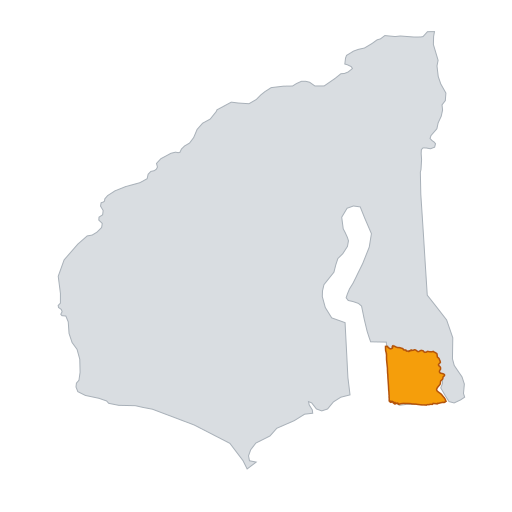 location of Bignona, Ziguinchor, Senegal, rotated 266°
{"feature_id": "50182788B19391387689457", "entity_name": "Bignona", "entity_type": "district", "adm_level": 2, "iso_a3": "SEN", "parent_name": "Senegal", "parent_adm1": "Ziguinchor", "projection": "equal_earth", "projection_center": [-16.329, 12.862], "detail": "fine", "context": "in_parent", "style": "filled", "palette": "amber", "viewbox_px": 512, "rotation_deg": 266, "n_neighbors": 0, "source": "geoboundaries", "source_scale": "gbopen_adm2", "svg_char_len": 8189}
<svg xmlns="http://www.w3.org/2000/svg" viewBox="0 0 512 512"><g transform="rotate(266 256 256)"><path d="M404.6,227.3L411.2,242.1L409.8,249.2L408.4,259.6L412.1,267.2L416.4,272.1L419.5,276.6L422.9,282.9L423.5,295.3L423.0,304.3L425.2,308.4L427.1,313.5L426.8,317.8L425.6,321.6L421.5,326.6L420.9,335.9L427.6,347.2L431.9,353.4L431.9,356.9L433.1,360.7L436.3,365.3L438.3,364.2L440.4,360.5L441.3,358.0L447.1,359.1L449.8,360.3L453.6,367.6L455.0,372.6L455.9,378.7L459.8,386.4L463.2,391.9L463.9,395.3L466.9,399.9L465.2,410.1L465.4,415.3L463.4,429.0L463.0,435.5L463.2,437.9L467.8,442.7L467.4,449.7L462.7,448.5L454.6,447.7L438.5,451.3L433.0,449.8L422.4,450.3L414.8,452.3L405.3,456.8L397.8,455.7L393.8,452.1L388.5,452.3L382.5,450.5L376.1,447.0L370.3,445.3L364.0,439.0L361.1,437.8L359.0,439.5L357.3,441.6L355.5,442.9L352.1,441.8L350.8,437.5L351.9,433.3L352.2,430.2L350.6,428.4L346.7,427.9L340.6,427.9L330.6,426.6L328.3,425.8L306.0,424.7L282.9,424.6L263.3,424.5L238.6,424.3L221.2,424.2L205.0,424.1L192.5,432.6L178.9,441.7L160.7,446.6L139.7,444.8L133.0,446.1L126.1,450.1L121.0,453.1L113.7,454.9L104.4,453.4L100.6,454.3L98.2,450.1L95.6,443.4L97.3,438.4L103.0,435.3L111.5,431.1L116.0,433.2L118.6,433.3L119.1,430.7L118.3,429.3L111.8,425.6L108.5,420.9L105.7,423.7L103.3,429.5L101.3,431.3L98.4,432.9L96.7,428.9L96.0,425.1L97.4,422.1L96.7,405.3L97.5,396.4L97.1,388.6L101.1,383.4L105.0,380.2L120.0,379.9L133.9,379.6L147.3,379.8L161.0,380.0L162.4,364.4L166.7,363.2L173.2,361.6L185.2,359.6L198.7,357.8L201.6,354.8L203.8,349.6L205.2,344.9L208.0,343.0L211.7,344.5L216.7,347.0L221.8,350.7L227.7,354.2L231.6,356.4L241.0,361.9L257.0,369.6L270.2,372.7L286.2,367.1L297.7,363.4L299.1,356.7L297.3,350.2L288.7,344.2L277.0,344.9L273.4,346.5L268.0,348.5L264.7,349.3L259.2,347.9L252.2,342.7L247.8,337.5L241.7,335.0L234.4,332.6L222.7,321.8L216.6,319.9L210.9,319.3L199.8,321.5L189.0,327.2L183.3,340.2L172.5,340.0L149.5,339.6L128.4,339.2L110.9,340.1L109.2,330.7L105.1,323.1L98.4,316.7L96.9,310.8L99.2,305.6L105.6,301.3L107.1,298.2L103.7,298.7L98.6,301.4L95.2,301.6L94.8,293.4L89.1,282.7L82.7,264.7L75.5,257.4L69.4,242.8L63.1,237.2L57.2,234.6L52.2,235.2L50.4,241.8L44.2,232.3L52.7,228.8L70.9,216.9L91.7,182.6L110.4,142.0L112.9,132.5L115.1,125.2L116.6,108.7L119.3,98.8L121.8,96.9L125.0,89.4L128.8,76.1L133.1,68.8L137.9,67.3L141.7,68.0L144.4,70.7L152.2,72.4L165.3,73.0L175.3,71.0L182.5,66.5L191.8,64.1L203.4,64.1L209.4,62.1L210.0,58.3L211.5,57.2L214.0,58.7L216.2,58.1L218.4,55.4L220.5,55.2L222.6,57.6L232.3,58.3L249.6,57.3L265.5,64.3L280.3,79.1L287.8,89.0L288.3,94.0L290.8,98.9L295.2,104.0L299.2,104.9L302.8,101.7L305.7,102.1L307.8,105.9L312.0,106.7L316.6,104.4L319.9,105.2L320.5,107.5L321.3,108.7L323.6,109.2L326.6,112.2L330.9,120.0L334.4,131.0L337.2,145.2L340.7,152.8L345.1,154.1L347.7,157.0L348.2,160.4L349.5,162.6L351.6,163.9L355.3,163.2L359.7,167.9L364.4,178.3L365.2,183.0L364.5,185.5L364.7,187.3L367.9,189.1L370.8,192.5L373.3,197.6L378.5,202.1L386.4,206.1L392.2,212.0L395.8,219.9L403.1,226.6L404.6,227.3Z" fill="#d9dde1" stroke="#a8b0b8" stroke-width="1"/><path d="M151.0,405.3L151.4,404.6L151.3,404.4L151.4,404.1L151.1,403.9L150.8,404.0L150.7,403.9L150.8,403.7L151.0,403.5L150.8,402.9L150.8,402.7L150.7,402.3L150.5,402.0L150.4,402.0L150.2,402.1L150.1,401.8L150.1,401.6L150.5,401.4L150.6,400.6L150.5,400.1L150.5,399.9L150.6,399.7L150.7,399.4L150.9,399.3L151.1,399.1L151.3,399.2L151.6,399.1L151.8,398.5L151.9,398.3L151.8,397.9L151.9,397.6L152.0,397.3L152.0,397.0L152.2,396.8L152.2,396.6L152.3,396.5L152.6,396.5L152.7,396.4L152.8,396.4L153.0,396.2L153.3,396.0L153.5,395.8L153.8,394.8L154.0,394.4L154.1,394.1L154.2,393.8L154.3,393.6L154.4,393.4L154.5,393.0L154.6,392.9L154.6,392.7L154.6,392.4L154.7,392.1L154.7,391.5L154.7,391.4L154.8,390.9L154.9,390.6L155.0,390.3L155.1,390.1L155.4,389.4L155.5,389.1L155.8,388.8L155.9,388.7L156.1,388.2L156.3,388.0L156.4,387.9L156.5,387.3L156.5,386.9L156.6,386.6L156.6,386.4L156.9,386.3L156.8,386.1L156.4,386.0L156.3,385.7L155.8,385.6L155.6,385.6L155.2,385.8L155.0,385.6L154.8,385.8L154.5,385.6L154.4,385.3L154.1,384.4L154.0,383.8L154.0,383.6L154.2,383.1L154.4,382.9L154.5,382.8L154.6,382.7L154.7,382.4L155.1,382.0L155.3,381.7L155.8,381.3L155.9,381.2L156.2,380.9L156.4,381.0L156.5,381.0L156.7,380.9L156.7,380.6L156.7,380.4L156.8,379.7L156.7,379.5L156.8,379.4L156.8,379.2L156.8,378.9L155.7,378.8L152.9,378.7L152.1,378.8L149.6,379.3L149.6,379.2L147.9,379.3L146.9,379.2L145.4,379.1L143.3,379.0L134.8,379.3L133.5,379.2L130.0,379.1L128.8,379.2L125.1,379.1L124.1,379.1L122.6,379.1L119.5,379.1L117.9,379.1L117.3,379.1L112.7,379.0L111.6,379.1L108.2,379.0L107.7,379.1L106.1,378.9L105.8,379.0L105.5,378.9L104.8,379.0L104.2,378.9L103.5,378.9L102.7,378.8L102.1,378.8L102.0,379.1L102.0,379.4L102.0,379.5L101.9,379.5L101.7,379.6L101.4,379.3L101.2,379.4L101.1,379.6L101.4,380.1L101.4,380.3L101.2,380.2L100.9,379.9L100.7,380.1L100.6,380.3L100.7,380.8L100.8,380.9L101.0,381.0L101.1,381.3L101.1,381.8L101.2,382.0L101.3,382.0L101.1,382.3L101.0,382.2L100.9,382.0L100.8,381.9L100.6,382.2L100.6,382.4L100.6,382.6L100.7,382.9L100.5,383.1L100.3,383.1L100.2,383.2L99.8,383.0L99.7,382.9L99.6,383.0L99.5,383.4L99.6,383.6L99.9,384.0L100.1,384.3L99.8,384.4L99.7,384.3L99.5,384.2L99.4,383.9L99.3,383.7L99.2,383.7L98.9,383.8L98.8,384.1L98.7,384.2L98.7,384.4L98.8,384.8L99.0,385.0L99.3,385.3L99.5,385.4L99.5,385.5L99.4,385.6L99.2,385.7L99.1,385.8L99.1,386.2L99.3,386.7L99.4,386.9L99.3,387.0L99.2,387.3L98.9,387.6L98.6,387.5L98.3,387.6L98.1,388.2L98.1,388.3L98.2,388.5L98.3,388.8L98.5,389.9L98.6,390.6L98.6,391.1L98.6,391.4L98.6,391.5L98.6,391.8L98.7,392.5L98.6,393.4L98.6,393.8L98.5,394.0L98.4,395.3L98.4,395.9L98.4,396.1L98.3,396.8L98.3,397.1L98.2,397.2L98.2,397.5L98.2,397.8L98.2,398.1L98.1,398.4L98.1,399.1L98.0,399.3L98.0,399.8L97.7,400.7L97.6,401.1L97.4,402.2L97.4,402.7L97.3,403.2L97.2,403.9L97.2,404.4L97.1,404.9L97.0,405.6L96.6,407.1L96.5,407.8L96.4,408.3L96.3,408.8L96.2,409.4L96.0,410.2L96.0,410.7L95.9,410.9L95.7,413.1L95.7,413.3L95.6,414.1L95.5,414.9L95.5,415.1L95.4,415.2L95.4,415.7L95.5,415.9L95.7,416.2L95.7,416.3L95.8,417.2L95.7,417.5L95.6,418.1L95.6,418.4L95.7,418.6L95.9,419.0L95.9,419.4L95.8,420.0L95.8,420.3L95.8,420.6L95.7,421.3L95.7,421.5L95.7,421.8L95.8,421.9L96.1,421.9L96.6,422.4L96.4,423.6L96.2,424.4L96.2,424.5L96.3,424.5L96.2,424.5L96.2,424.9L96.2,425.4L95.9,426.0L95.8,426.3L95.8,426.5L96.0,426.7L96.2,426.8L96.4,427.0L96.3,427.3L96.3,427.5L96.2,427.7L96.3,427.9L96.5,428.8L96.6,429.5L96.8,430.8L96.9,431.8L96.9,432.2L97.0,432.2L97.0,432.5L96.8,432.7L96.8,433.2L96.8,433.7L96.9,434.1L97.1,434.4L97.4,434.7L97.7,434.7L97.8,435.4L99.5,434.9L100.2,434.6L100.8,434.2L101.5,433.9L102.6,433.0L104.4,431.8L105.4,431.0L105.7,430.7L107.1,429.0L107.4,428.7L107.8,428.2L108.9,427.2L109.2,427.0L109.6,426.9L110.0,426.9L110.6,426.9L111.2,427.2L112.3,428.0L112.9,428.5L114.6,430.2L115.4,430.8L115.8,431.0L116.4,431.1L117.8,431.3L118.5,431.6L119.1,432.3L120.0,433.4L120.3,433.7L122.0,434.1L122.3,434.2L122.6,434.5L123.0,435.1L123.5,435.6L123.9,435.8L124.6,435.7L125.4,434.6L125.6,434.0L125.8,433.5L126.2,432.0L126.4,431.7L126.5,431.7L126.8,431.3L127.5,430.9L128.1,430.9L128.7,431.1L129.5,431.6L129.8,431.9L130.2,432.2L131.5,432.3L132.1,432.2L132.3,432.1L132.7,431.8L133.5,431.2L133.6,430.9L133.8,430.7L134.0,430.6L134.7,430.4L135.3,430.7L135.8,431.2L136.0,431.5L136.4,431.8L136.8,432.4L137.0,432.5L137.3,432.5L138.5,432.3L139.1,432.0L140.4,431.6L141.0,431.4L141.6,430.9L142.2,430.2L142.6,429.9L143.7,429.8L145.7,429.7L146.2,429.4L146.6,428.8L147.4,427.7L147.6,427.3L148.1,426.5L148.4,426.3L148.5,426.1L148.2,425.0L148.2,424.8L148.2,424.4L148.2,424.2L148.2,423.9L148.3,423.5L148.3,423.3L148.3,423.0L148.3,422.8L148.3,422.7L148.5,422.1L148.5,421.9L148.6,421.7L148.8,420.9L148.8,420.6L148.9,420.3L148.6,419.8L148.3,419.5L148.2,419.3L148.2,418.9L148.2,418.2L148.1,417.9L148.1,417.7L148.5,417.0L148.9,416.8L149.3,416.4L149.5,416.3L149.8,416.1L150.0,415.6L150.0,415.3L150.1,414.8L150.3,414.6L150.3,414.3L150.3,413.9L150.0,413.2L149.8,412.8L149.8,412.7L149.5,412.2L149.3,411.5L149.3,411.1L149.4,410.7L149.6,410.3L149.8,410.2L150.3,409.7L150.5,409.5L150.8,409.0L151.1,408.6L151.3,408.1L151.4,407.7L151.3,407.1L151.1,406.7L151.0,406.4L150.9,405.9L151.0,405.3Z" fill="#f59e0b" stroke="#b45309" stroke-width="1.5"/></g></svg>